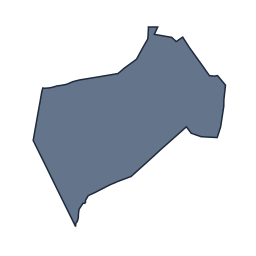 Magdalena Peñasco, Oaxaca, Mexico (Robinson projection), rotated 6°
{"feature_id": "50627088B16316446425098", "entity_name": "Magdalena Peñasco", "entity_type": "district", "adm_level": 2, "iso_a3": "MEX", "parent_name": "Mexico", "parent_adm1": "Oaxaca", "projection": "robinson", "projection_center": [-97.559, 17.235], "detail": "fine", "context": "isolated", "style": "filled", "palette": "slate", "viewbox_px": 256, "rotation_deg": 6, "n_neighbors": 0, "source": "geoboundaries", "source_scale": "gbopen_adm2", "svg_char_len": 1162}
<svg xmlns="http://www.w3.org/2000/svg" viewBox="0 0 256 256"><g transform="rotate(6 128 128)"><path d="M39.1,97.1L38.5,100.6L38.0,107.7L37.8,111.3L37.5,114.9L37.3,117.5L36.5,128.7L35.0,150.3L35.5,151.1L51.5,176.4L61.2,191.9L86.2,231.5L86.1,229.8L86.0,228.3L86.7,227.3L87.2,226.4L87.6,224.9L87.9,222.7L87.9,220.9L87.7,219.2L87.7,217.5L87.8,216.3L87.7,214.9L88.0,213.7L88.8,212.0L89.3,211.1L91.1,207.6L92.9,207.4L93.6,206.1L93.2,204.7L93.8,203.3L95.4,199.7L95.5,199.4L102.4,195.3L112.4,188.7L116.0,186.4L123.3,182.3L131.3,178.3L136.1,175.9L152.4,157.8L163.7,145.0L179.2,128.1L185.2,121.5L185.9,120.7L191.4,126.6L201.6,129.0L217.7,128.2L220.0,117.2L221.0,96.5L220.4,90.0L220.5,75.2L211.5,66.5L208.4,67.4L203.5,67.4L202.0,65.7L199.8,63.2L196.6,59.5L180.3,41.2L172.9,31.9L166.9,37.0L166.8,36.9L162.0,33.3L144.4,32.1L147.0,24.5L141.5,25.0L139.5,25.3L137.7,25.4L137.9,26.8L138.3,34.4L138.4,37.3L135.3,44.3L134.0,47.3L130.7,55.3L129.3,58.7L121.9,65.4L118.2,68.7L114.1,73.1L112.3,74.9L104.5,77.1L87.9,81.7L80.6,83.7L75.0,85.2L68.5,87.6L62.3,91.0L56.7,92.7L53.2,93.5L48.3,95.5L45.3,96.4L40.8,97.2L39.1,97.1Z" fill="#64748b" stroke="#1e293b" stroke-width="1.5"/></g></svg>